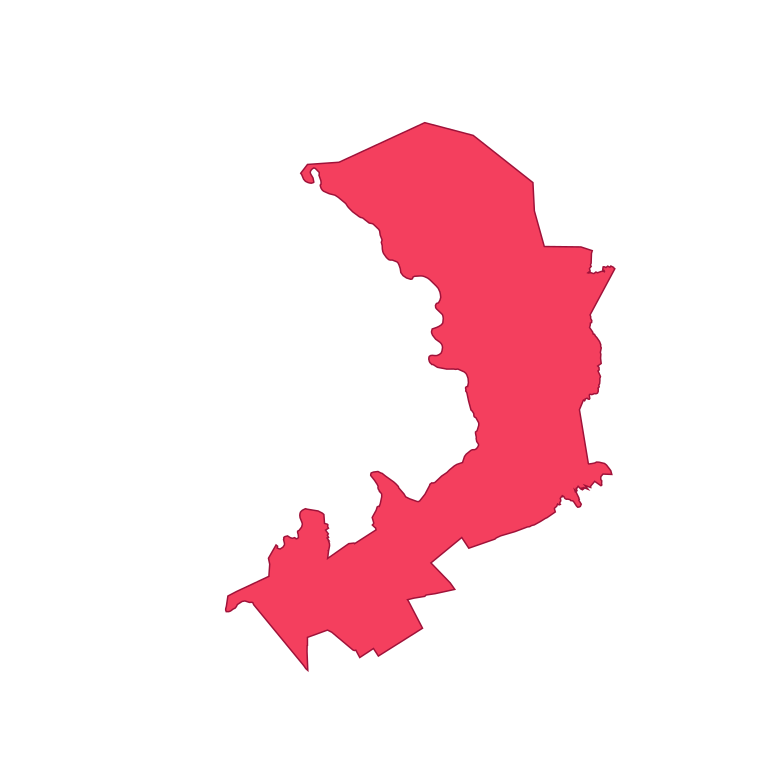 Ruíz, Nayarit, Mexico (Equal Earth projection), rotated 327°
{"feature_id": "50627088B68527106513110", "entity_name": "Ruíz", "entity_type": "district", "adm_level": 2, "iso_a3": "MEX", "parent_name": "Mexico", "parent_adm1": "Nayarit", "projection": "equal_earth", "projection_center": [-105.012, 22.017], "detail": "fine", "context": "isolated", "style": "filled", "palette": "rose", "viewbox_px": 768, "rotation_deg": 327, "n_neighbors": 0, "source": "geoboundaries", "source_scale": "gbopen_adm2", "svg_char_len": 6147}
<svg xmlns="http://www.w3.org/2000/svg" viewBox="0 0 768 768"><g transform="rotate(327 384 384)"><path d="M429.0,163.6L428.1,168.4L428.5,171.2L429.8,173.4L431.0,174.8L432.4,176.0L434.3,176.6L435.1,176.5L436.7,172.5L436.9,167.8L437.5,166.1L438.8,165.2L440.1,164.7L441.8,164.5L442.9,164.6L443.8,165.8L444.9,171.3L443.7,173.1L443.2,173.4L441.8,179.1L441.0,180.7L439.8,182.3L438.9,182.4L438.4,183.4L437.8,185.8L437.9,188.1L438.5,189.7L441.7,194.6L445.7,198.9L447.2,202.2L450.2,211.8L450.2,215.5L450.5,217.7L451.5,222.5L454.3,230.1L455.1,231.6L456.5,233.0L459.2,240.9L461.7,243.3L462.2,244.6L463.8,251.4L463.7,253.2L461.9,257.1L461.0,261.5L460.7,262.3L458.9,263.7L457.9,266.9L456.1,269.9L455.1,272.3L454.7,274.4L454.9,279.2L455.4,281.3L455.9,282.6L456.8,283.5L458.5,284.6L461.3,288.5L461.7,289.8L461.5,292.0L460.5,296.0L458.8,299.7L459.0,303.5L460.6,307.3L463.3,310.6L464.3,311.1L465.1,311.2L466.7,310.1L468.3,310.3L473.8,313.4L475.4,314.7L476.6,316.2L478.3,318.9L479.2,321.4L481.2,330.3L481.6,333.3L481.0,337.3L480.2,339.4L478.8,342.2L476.7,344.1L473.9,345.6L472.2,345.1L471.2,345.3L469.9,346.2L468.9,348.2L469.0,349.8L470.8,357.6L470.3,359.4L469.4,361.3L466.6,364.8L464.4,365.6L461.5,365.6L458.8,365.2L454.4,364.1L452.4,365.9L451.8,367.0L451.3,369.5L451.7,374.5L453.7,379.6L454.0,381.5L453.8,383.4L453.0,385.2L450.8,387.7L448.9,389.1L446.6,389.4L444.0,389.0L442.3,388.0L440.2,386.3L438.6,385.5L437.2,385.5L436.4,385.9L435.1,387.5L434.3,389.8L434.2,391.2L434.8,393.8L435.7,394.3L437.9,399.1L444.8,405.7L450.6,409.4L452.0,410.7L454.1,411.7L457.9,417.6L458.5,419.8L458.4,421.6L457.6,425.0L455.5,428.9L452.7,431.7L451.9,431.2L450.7,431.3L450.2,431.8L449.6,433.4L448.7,434.4L448.8,435.9L448.6,436.8L445.7,444.3L442.8,453.2L443.2,454.6L443.2,457.6L442.0,459.8L441.9,460.8L442.7,462.4L442.3,467.8L441.9,468.9L440.8,470.4L436.6,473.9L434.6,474.1L433.8,475.4L432.4,479.0L431.6,479.9L430.4,482.8L430.5,485.7L430.0,486.8L428.5,487.8L426.3,488.6L424.4,488.5L422.2,487.2L420.7,487.0L414.8,487.6L412.1,488.6L407.1,492.6L401.3,491.1L398.3,491.0L392.3,491.7L388.5,492.5L382.2,492.6L373.2,494.3L371.2,493.8L370.2,492.9L367.9,493.1L366.9,494.0L358.3,498.8L350.3,501.5L348.9,501.4L347.8,500.6L343.0,494.3L340.7,490.4L340.9,487.1L339.8,479.3L340.2,477.7L339.6,474.3L338.8,471.4L335.1,462.0L333.8,458.0L332.8,456.8L331.3,454.1L327.2,452.1L324.8,451.6L323.7,452.5L323.0,453.5L323.6,459.8L323.6,464.4L323.4,466.5L322.5,467.6L322.0,468.8L321.9,471.9L321.7,471.9L322.2,474.5L321.9,475.4L320.6,477.4L315.6,482.4L313.3,484.1L312.7,483.5L311.3,483.4L308.7,485.6L301.4,489.5L299.8,494.7L299.2,495.5L297.4,495.9L298.3,499.7L298.6,500.0L297.9,502.0L272.4,501.9L272.3,501.1L267.5,498.7L241.7,499.6L246.1,494.4L246.5,493.4L246.8,493.6L250.2,490.1L251.0,488.7L251.4,487.9L252.1,485.1L252.5,485.4L252.4,482.2L253.9,482.5L254.2,479.9L255.7,479.4L255.4,474.7L258.9,474.7L259.0,473.0L260.3,471.4L260.1,470.7L258.2,468.5L262.5,460.7L262.0,458.8L259.6,454.6L250.8,446.6L250.5,446.0L249.6,445.7L246.8,445.4L245.5,445.6L244.1,446.0L243.0,446.9L241.9,448.2L240.8,450.4L239.7,455.8L239.1,457.2L237.0,459.1L233.1,460.5L231.4,460.4L230.7,461.4L230.0,463.6L228.7,466.1L227.4,466.4L226.0,466.0L225.4,464.2L223.1,463.5L221.7,461.8L220.4,458.9L217.8,458.0L216.8,458.0L216.1,458.4L215.7,459.3L215.0,459.8L213.8,463.3L212.8,464.8L210.3,465.8L207.0,465.8L206.3,465.1L205.1,463.4L206.4,462.1L205.8,460.2L192.2,467.2L190.0,472.9L182.7,482.6L147.3,477.7L137.6,476.8L130.7,484.6L129.0,486.1L128.1,487.3L127.7,489.0L129.8,490.4L131.7,490.8L135.2,490.6L137.0,490.9L138.9,490.3L140.9,489.1L146.6,489.1L149.2,490.2L152.2,493.9L154.3,495.1L154.9,495.9L154.5,498.2L163.3,576.3L163.4,580.1L164.1,582.7L173.7,566.5L177.0,561.6L177.4,561.6L181.8,554.8L202.6,559.6L205.0,563.7L213.1,590.2L214.0,591.4L215.4,591.9L214.7,600.2L231.1,600.1L231.1,609.1L283.3,609.8L286.2,579.7L286.2,577.7L292.5,579.9L302.5,584.3L304.4,583.9L312.7,587.7L331.5,594.8L331.2,586.9L325.9,559.6L365.6,555.1L365.7,567.9L392.6,574.5L394.4,574.2L399.2,574.9L413.3,579.1L426.5,582.0L428.5,583.0L430.7,583.1L433.3,584.0L440.3,584.5L446.2,584.6L447.8,584.9L458.0,584.6L458.8,581.9L459.3,581.0L462.2,580.6L464.2,579.2L465.0,580.7L466.3,581.0L466.3,580.0L466.9,579.2L468.6,578.3L469.4,576.6L469.3,576.2L469.9,575.7L471.7,575.1L471.7,575.5L472.2,575.7L472.8,575.0L473.5,576.4L473.4,578.5L474.1,579.9L475.5,580.7L477.0,582.3L477.1,583.5L478.7,584.8L479.0,586.3L479.0,591.2L479.4,592.9L480.9,593.5L482.0,593.6L484.0,592.2L484.1,587.6L485.0,587.1L485.1,585.8L485.4,585.6L486.2,579.5L485.7,578.9L486.3,576.6L486.9,578.8L487.8,578.6L488.4,575.6L488.7,576.6L491.1,575.5L491.8,579.0L492.8,580.8L494.0,580.7L492.7,578.9L495.2,579.8L497.8,583.4L497.3,578.5L501.0,583.4L501.7,582.2L507.7,580.4L510.5,587.4L511.0,587.5L511.7,587.3L512.2,586.1L513.9,583.8L513.8,582.1L515.4,579.8L518.6,578.8L525.8,583.9L527.0,580.2L526.5,573.2L525.7,570.8L521.9,566.8L519.7,565.2L517.6,565.0L514.7,563.8L512.2,562.6L512.1,561.9L533.9,512.0L542.5,506.1L542.8,506.2L543.1,507.3L544.0,506.9L544.6,506.1L546.4,506.5L546.6,506.9L546.9,507.0L547.0,507.9L547.9,508.6L548.7,508.2L549.9,505.5L550.4,504.9L551.2,504.8L552.4,506.0L553.6,506.4L555.0,506.5L555.8,507.2L557.0,507.8L558.1,507.9L559.6,506.9L561.0,504.8L561.2,504.0L562.5,503.8L563.1,503.3L563.5,501.9L565.0,501.2L567.4,498.1L567.6,497.3L569.6,495.7L570.6,489.6L572.1,489.4L573.4,487.1L573.0,485.3L577.3,485.1L579.7,480.3L582.1,477.1L582.6,475.4L585.9,472.0L586.2,470.4L587.2,469.1L587.9,465.7L587.8,461.0L587.4,458.9L587.6,456.9L586.7,456.2L587.3,454.1L587.2,448.5L588.8,447.2L590.3,445.3L591.6,445.5L592.8,444.0L593.0,441.6L594.1,440.0L594.4,438.3L640.3,413.1L640.0,412.6L640.1,411.3L638.5,408.6L637.0,409.1L635.8,407.0L633.6,407.2L632.8,405.9L631.7,405.1L631.3,405.4L629.5,407.5L629.5,407.8L630.4,408.6L630.3,409.6L630.0,409.9L629.2,408.8L627.6,407.9L623.6,407.0L622.7,405.5L620.4,405.7L619.6,405.2L618.0,403.2L615.8,402.2L615.5,401.8L618.4,401.6L619.0,399.4L619.3,399.0L621.8,398.2L621.9,396.9L622.3,396.3L623.5,395.5L629.1,387.5L631.3,385.6L623.8,376.3L593.3,356.0L604.4,320.7L618.6,296.2L594.2,224.1L560.5,187.0L467.0,173.5L439.4,158.2L428.9,161.9L429.0,163.6Z" fill="#f43f5e" stroke="#9f1239" stroke-width="1.5"/></g></svg>